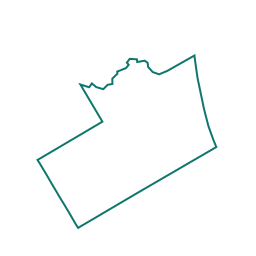 the district of Walton, Florida, United States of America, rotated 239°
{"feature_id": "52423323B98740457076881", "entity_name": "Walton", "entity_type": "district", "adm_level": 2, "iso_a3": "USA", "parent_name": "United States of America", "parent_adm1": "Florida", "projection": "mercator", "projection_center": [-86.07, 30.632], "detail": "fine", "context": "isolated", "style": "outline", "palette": "teal", "viewbox_px": 256, "rotation_deg": 239, "n_neighbors": 0, "source": "geoboundaries", "source_scale": "gbopen_adm2", "svg_char_len": 737}
<svg xmlns="http://www.w3.org/2000/svg" viewBox="0 0 256 256"><g transform="rotate(239 128 128)"><path d="M113.2,33.9L101.7,33.8L97.7,33.9L90.3,33.9L86.9,33.9L73.4,33.7L72.4,33.7L71.3,33.7L68.1,33.8L67.5,102.7L66.2,193.9L73.6,195.0L88.2,197.9L105.3,203.0L134.9,213.3L155.0,221.8L155.9,222.3L156.2,211.2L156.7,191.1L158.0,182.3L163.2,178.0L170.0,176.7L173.8,178.4L177.1,177.0L179.8,169.9L182.3,171.0L186.4,165.0L184.6,160.7L181.8,161.1L180.4,157.2L181.9,147.8L180.0,146.9L178.4,140.0L173.8,137.3L175.5,132.8L174.0,126.8L179.5,121.8L184.8,120.0L182.9,115.7L189.8,109.6L146.6,109.3L147.2,34.0L143.3,34.1L142.4,34.1L128.9,34.1L118.6,33.9L117.2,33.9L115.8,33.9L114.7,33.9L113.2,33.9Z" fill="none" stroke="#0f766e" stroke-width="2"/></g></svg>